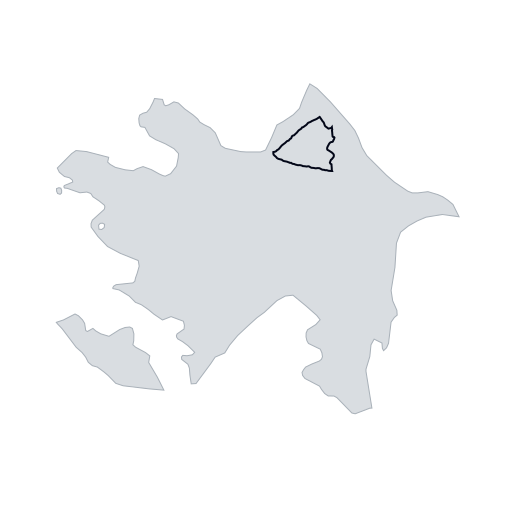 Quba District, Quba, Azerbaijan (highlighted), rotated 353°
{"feature_id": "54616110B77048085748362", "entity_name": "Quba District", "entity_type": "district", "adm_level": 2, "iso_a3": "AZE", "parent_name": "Azerbaijan", "parent_adm1": "Quba", "projection": "equal_earth", "projection_center": [48.485, 41.2], "detail": "fine", "context": "in_parent", "style": "outline", "palette": "ink", "viewbox_px": 512, "rotation_deg": 353, "n_neighbors": 0, "source": "geoboundaries", "source_scale": "gbopen_adm2", "svg_char_len": 5377}
<svg xmlns="http://www.w3.org/2000/svg" viewBox="0 0 512 512"><g transform="rotate(353 256 256)"><path d="M352.5,421.1L350.4,420.9L335.2,424.7L332.0,423.5L319.0,406.4L316.3,404.5L310.6,403.7L307.4,400.9L304.7,396.3L303.2,392.9L289.7,383.6L287.7,380.2L287.5,377.2L289.5,374.5L291.7,372.3L298.3,370.0L306.0,368.0L308.4,366.5L309.7,364.1L309.6,360.1L308.4,356.3L297.4,349.2L296.2,346.2L295.8,342.4L296.4,338.5L298.2,335.5L307.1,331.3L311.9,327.1L309.0,322.3L299.3,311.4L287.9,299.4L280.2,299.3L271.4,302.8L257.3,313.0L249.4,317.4L239.2,324.6L228.1,332.7L218.9,341.3L213.2,348.4L203.1,351.4L197.9,357.4L180.9,375.3L176.1,375.0L175.9,366.2L176.2,359.1L175.2,355.1L169.7,349.6L169.7,347.2L171.2,345.7L175.4,346.6L180.8,346.3L183.4,344.1L177.6,336.8L172.6,332.0L168.2,328.7L167.3,326.7L167.3,325.3L168.2,323.7L175.7,319.7L176.5,316.0L176.0,311.9L164.3,305.8L155.4,308.1L147.6,301.3L142.6,296.0L136.3,290.4L130.7,287.3L125.3,280.3L116.0,273.0L110.0,270.9L110.1,269.8L111.2,268.5L113.7,267.4L130.5,267.7L132.6,266.4L133.7,263.2L136.0,258.6L138.8,251.9L138.6,246.2L121.9,237.0L109.8,228.5L101.5,217.4L95.9,207.2L96.2,203.8L97.9,200.5L111.1,191.2L112.0,188.8L111.7,187.1L107.1,182.3L101.4,177.4L99.6,173.8L95.9,171.9L89.0,171.8L76.8,165.8L74.2,165.2L73.7,164.0L74.3,162.7L83.1,160.3L83.0,158.3L80.4,155.6L75.5,153.7L71.0,148.9L69.5,144.5L85.5,131.9L90.2,129.4L100.5,131.7L121.8,140.1L120.2,144.7L122.4,147.3L127.2,150.9L136.6,154.5L144.6,156.4L148.7,154.8L154.8,153.5L162.8,157.6L170.1,162.9L173.7,165.0L175.7,165.7L181.3,163.9L188.1,157.1L190.8,148.9L191.6,144.9L187.7,139.5L179.7,133.6L170.8,128.4L165.0,123.8L161.4,114.8L157.7,113.8L156.7,112.6L156.2,109.6L156.4,105.3L157.7,102.0L161.3,100.5L165.0,100.0L168.4,96.9L172.6,90.7L174.5,87.3L182.3,89.2L183.3,94.8L184.7,95.9L187.9,95.3L193.3,93.0L197.6,94.7L203.1,101.3L210.7,108.3L214.9,113.0L216.5,116.2L220.4,119.3L226.1,123.0L230.6,128.8L234.6,142.2L238.7,145.4L253.5,150.5L258.7,151.5L273.3,153.3L278.4,152.0L285.9,140.4L292.7,128.5L299.0,126.0L310.3,120.3L317.2,114.8L320.0,109.0L326.4,97.9L330.4,91.7L337.1,97.2L348.7,112.2L365.3,136.6L369.4,143.5L372.1,151.5L374.4,161.3L378.2,169.9L395.2,191.6L402.5,199.7L414.5,210.1L418.7,212.4L424.3,213.1L434.5,213.1L443.9,217.2L448.6,220.0L453.4,224.2L457.8,228.9L462.3,241.8L445.8,237.5L429.4,238.2L420.1,240.9L411.0,244.7L402.4,250.0L397.0,260.3L392.5,284.3L385.9,306.7L386.2,317.1L389.2,327.1L388.9,331.9L385.8,333.9L382.0,338.1L376.9,358.8L374.4,363.0L371.1,365.5L370.2,363.1L370.4,357.7L363.1,352.9L359.3,358.2L356.7,369.7L351.4,381.7L351.1,384.0L352.5,421.1ZM108.8,209.3L109.6,206.1L107.6,204.7L105.4,204.6L103.5,206.2L103.4,210.2L106.0,210.9L108.8,209.3ZM53.3,302.6L50.8,299.3L49.7,297.5L57.1,296.0L69.3,291.5L72.5,293.7L76.0,298.2L77.7,302.0L77.9,309.2L79.4,310.4L85.3,308.0L87.9,310.9L92.4,314.3L100.3,317.8L111.7,312.4L117.4,311.0L122.0,311.1L124.5,312.8L125.3,318.4L124.3,325.3L123.0,329.1L125.3,331.8L134.6,338.4L138.4,342.2L136.5,348.6L143.3,364.2L145.5,370.3L148.2,377.9L133.9,374.9L108.3,368.6L101.3,365.3L94.7,356.6L90.8,352.4L85.0,346.9L80.2,344.9L76.6,341.1L74.6,335.6L71.6,330.6L66.4,324.7L54.8,304.7L53.3,302.6ZM70.7,169.8L69.1,170.9L66.7,169.8L66.0,167.4L66.2,164.8L68.7,164.2L70.6,164.9L71.1,167.3L70.7,169.8Z" fill="#d9dde1" stroke="#a8b0b8" stroke-width="1"/><path d="M336.1,125.7L334.7,126.5L334.1,126.7L333.5,127.1L331.6,127.8L330.6,128.0L329.1,128.5L328.0,128.8L327.0,129.3L325.9,129.7L324.2,130.1L323.4,130.6L322.9,131.2L322.0,131.9L321.1,132.5L320.2,132.9L319.2,133.5L318.6,133.8L317.2,134.1L316.5,135.1L313.7,136.5L312.5,137.6L311.5,138.6L310.2,139.5L308.5,140.8L307.3,141.0L306.2,141.6L305.8,142.5L305.2,143.5L304.0,144.0L302.4,145.5L301.3,145.6L300.6,145.9L298.6,147.4L296.8,148.4L295.0,149.5L293.4,151.0L292.9,151.5L292.4,152.0L291.4,152.8L290.6,153.2L289.9,153.4L288.8,154.4L287.6,154.8L286.7,154.9L285.9,154.9L285.7,156.0L285.8,157.5L286.6,158.6L287.9,160.0L288.8,161.4L290.0,162.3L291.8,163.0L293.2,163.5L294.3,164.6L294.9,165.0L295.6,165.3L296.9,165.7L298.1,166.1L299.3,166.7L299.7,167.0L300.4,167.2L301.0,167.7L302.2,167.8L302.8,168.4L303.2,168.7L303.9,169.1L305.0,169.3L305.5,169.6L306.3,170.1L307.2,170.4L308.1,170.8L308.9,171.0L310.1,171.1L310.8,171.2L311.7,171.5L312.6,171.9L313.5,172.5L314.6,172.7L315.9,173.0L317.3,173.4L318.3,173.3L319.3,173.4L319.9,173.8L320.7,174.5L321.3,174.9L321.8,175.2L322.9,175.4L323.9,175.6L325.1,176.0L326.2,176.3L327.4,176.2L328.6,176.4L329.4,176.5L330.6,177.2L331.5,177.9L331.8,178.1L332.6,178.5L333.7,178.7L334.2,178.8L335.1,179.3L336.5,179.4L337.5,179.8L338.2,180.2L340.0,180.6L341.9,180.9L341.7,180.0L341.9,178.0L342.0,175.3L342.1,174.2L341.1,173.4L340.7,172.4L341.4,170.9L342.2,169.6L343.0,169.2L343.9,168.3L344.9,167.4L345.5,166.2L345.5,164.7L344.9,163.7L344.2,162.9L343.6,162.2L343.0,161.8L342.1,161.0L341.0,160.1L340.1,159.5L339.7,159.0L339.7,157.8L340.0,156.9L340.6,155.9L341.4,154.8L341.9,154.0L342.4,153.4L343.0,152.8L343.7,152.3L344.6,152.1L345.9,152.0L346.5,151.4L346.9,150.5L347.5,149.9L348.0,148.8L348.3,148.0L348.0,147.5L347.1,147.3L346.6,146.7L346.6,145.6L346.6,144.3L346.7,142.6L346.7,140.7L347.1,139.7L347.0,139.1L347.0,137.3L346.3,138.0L345.4,138.2L344.2,138.3L343.4,138.4L342.9,137.9L342.2,137.2L341.8,136.8L340.6,135.7L340.2,134.8L339.8,133.1L339.7,132.4L339.3,131.4L338.5,130.3L337.8,128.9L337.3,127.9L336.8,127.0L336.3,125.9L336.1,125.7Z" fill="none" stroke="#020617" stroke-width="2"/></g></svg>